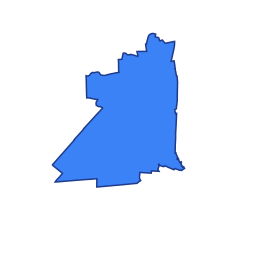 Jilava, Ilfov, Romania, rotated 141°
{"feature_id": "2599482B22366315272934", "entity_name": "Jilava", "entity_type": "district", "adm_level": 2, "iso_a3": "ROU", "parent_name": "Romania", "parent_adm1": "Ilfov", "projection": "robinson", "projection_center": [26.086, 44.34], "detail": "fine", "context": "isolated", "style": "filled", "palette": "blue", "viewbox_px": 256, "rotation_deg": 141, "n_neighbors": 0, "source": "geoboundaries", "source_scale": "gbopen_adm2", "svg_char_len": 4644}
<svg xmlns="http://www.w3.org/2000/svg" viewBox="0 0 256 256"><g transform="rotate(141 128 128)"><path d="M209.9,146.9L210.0,146.6L209.9,146.1L209.9,145.7L208.8,140.5L207.7,135.2L207.5,134.0L208.3,133.8L211.7,133.2L213.2,132.9L215.0,132.7L217.2,132.3L217.7,132.2L217.9,132.1L218.0,132.1L218.6,131.9L215.7,129.8L214.7,129.2L213.3,128.2L212.2,127.4L211.9,127.3L209.6,125.7L205.5,122.9L200.8,119.7L193.8,114.9L191.4,113.2L189.3,111.7L184.1,108.2L189.4,101.8L185.9,99.4L173.8,91.3L171.2,89.5L158.6,81.2L155.8,79.3L152.5,79.4L151.9,79.5L151.9,79.2L151.4,79.2L151.2,79.2L151.1,80.0L150.8,81.0L150.6,81.6L150.4,82.0L150.1,82.5L149.8,82.9L146.6,86.0L146.1,85.4L139.7,79.5L138.3,78.3L136.8,79.9L135.0,78.3L131.4,75.0L131.2,74.8L130.8,76.9L130.8,77.0L128.7,78.4L128.2,78.7L127.9,78.8L127.5,79.1L127.4,79.4L127.3,79.7L127.3,79.9L127.3,80.4L126.7,80.6L126.6,81.0L126.6,80.6L126.8,79.6L126.4,78.1L126.2,77.7L124.6,75.5L124.1,75.4L124.0,75.5L123.9,75.5L123.7,75.5L123.2,75.6L123.0,75.2L121.6,72.4L118.6,66.7L117.9,67.0L117.7,67.0L117.4,67.0L117.4,66.7L117.2,66.7L116.9,66.9L115.0,63.7L114.8,62.9L114.2,62.6L113.8,62.5L113.2,61.3L111.5,61.2L109.5,61.0L109.4,61.7L109.2,62.6L110.0,62.8L110.0,63.0L109.8,62.9L109.6,63.9L110.2,64.1L109.9,64.8L109.6,65.6L109.9,65.6L109.6,66.2L109.4,66.2L109.1,66.9L109.4,66.9L109.1,67.9L108.1,67.7L107.9,68.3L109.5,68.8L109.3,69.3L108.9,70.5L108.7,70.9L108.4,71.9L108.9,72.0L109.4,72.4L109.5,72.5L109.1,73.5L108.8,73.3L108.3,73.1L108.1,73.0L108.1,73.3L107.0,77.3L106.7,78.3L106.5,78.5L107.2,78.9L104.6,81.8L103.1,83.7L102.1,84.9L97.4,90.1L93.3,95.2L93.2,95.1L89.5,99.2L89.4,99.3L85.5,103.7L85.4,103.8L81.0,108.8L82.1,109.2L80.1,112.9L78.4,112.5L75.5,115.5L75.4,115.4L72.4,118.4L69.5,121.9L66.2,125.9L66.0,126.1L65.4,126.8L64.8,127.6L64.6,127.7L63.4,129.2L62.3,130.5L60.9,132.1L60.6,132.4L59.4,134.3L57.1,137.7L57.5,138.2L55.9,141.0L54.4,143.9L53.9,144.4L54.1,144.5L53.7,145.2L53.3,145.7L52.7,146.4L52.5,146.6L52.2,147.3L50.7,149.8L49.9,151.2L52.4,152.5L52.6,152.6L48.8,155.6L43.9,159.5L42.5,160.6L40.7,162.2L40.0,162.9L39.3,163.6L38.2,164.8L37.3,166.0L45.9,170.5L45.9,171.9L45.9,172.4L45.9,172.7L45.9,173.0L45.9,173.6L45.9,174.0L46.0,174.6L46.0,174.8L46.4,174.9L46.8,175.1L47.8,175.4L48.5,175.7L48.5,175.9L48.1,176.8L47.8,177.7L47.4,178.7L47.4,178.8L47.5,179.3L47.8,179.7L48.1,179.9L48.5,180.4L48.9,180.8L49.3,181.3L49.4,181.7L49.4,182.0L49.2,182.2L48.7,182.5L47.8,183.1L47.5,183.3L47.4,183.5L47.6,183.7L48.3,184.8L48.7,185.4L49.2,185.8L49.9,186.3L50.5,186.6L51.7,186.9L52.6,187.0L53.2,186.9L53.7,186.7L54.3,186.5L55.0,186.1L55.8,185.5L56.2,185.2L57.0,184.6L58.1,183.9L58.9,183.2L59.7,182.6L60.1,182.3L60.5,182.0L60.9,181.7L61.1,181.9L61.5,182.1L63.0,179.7L64.5,177.2L65.1,176.1L65.3,175.8L65.6,176.1L66.0,176.4L66.8,177.0L68.8,178.6L69.6,179.2L71.0,180.4L72.7,181.6L72.9,181.8L73.3,181.1L74.0,179.6L74.5,178.5L74.9,177.9L75.3,177.5L76.2,178.8L76.9,179.9L78.2,181.7L78.6,182.2L79.1,182.9L79.6,183.6L79.8,183.7L80.0,183.7L80.2,183.8L80.7,183.9L80.8,184.0L81.1,184.2L81.3,184.3L81.5,184.5L81.8,184.7L82.1,185.0L82.4,185.5L82.5,185.7L82.5,185.8L82.5,186.0L82.6,186.3L82.8,187.2L82.8,187.5L83.0,187.7L83.0,187.8L83.2,188.1L83.4,188.2L83.5,188.4L83.8,188.7L84.0,188.9L84.1,189.0L84.4,189.1L84.9,189.0L88.5,186.1L89.3,185.3L89.7,185.3L89.9,185.5L92.4,187.3L94.6,184.2L94.9,183.9L96.4,182.0L97.2,181.0L98.3,179.6L99.4,178.2L100.0,176.9L100.8,177.4L101.7,177.9L102.5,178.4L103.1,178.7L103.9,179.1L104.5,179.4L105.3,179.8L106.1,180.2L106.5,180.4L107.2,180.9L108.0,181.2L108.7,181.5L110.1,182.2L111.2,182.7L112.5,183.2L113.1,183.6L113.7,184.1L114.3,184.6L114.6,185.0L115.2,185.7L115.6,186.1L115.8,187.1L115.7,188.0L115.6,188.9L115.7,189.8L116.0,190.2L116.2,190.4L116.5,190.8L116.9,191.0L117.9,191.5L118.6,191.9L119.2,192.1L119.9,192.7L120.3,193.2L120.8,193.6L121.8,193.7L122.9,193.8L123.0,193.7L123.7,193.4L123.9,193.3L124.6,193.2L125.5,193.4L126.2,193.6L127.0,194.0L127.3,194.5L127.6,195.0L127.7,194.9L127.8,194.9L129.1,193.1L131.2,190.3L131.3,190.2L131.5,190.0L134.5,186.1L135.0,185.5L136.7,183.2L139.9,179.1L140.9,177.5L141.1,177.3L140.4,176.9L140.2,176.8L139.9,176.5L139.4,175.9L138.0,174.2L135.0,170.5L134.4,169.9L133.8,169.5L133.5,169.3L133.6,169.1L134.1,168.9L134.6,168.7L135.5,168.4L136.5,168.1L137.6,166.9L137.8,166.6L137.7,166.3L138.4,165.6L138.2,165.1L137.6,163.5L136.7,162.5L136.2,162.1L136.0,161.7L135.7,161.7L135.3,159.4L138.4,159.0L145.4,158.0L150.7,157.2L162.1,155.5L162.8,155.4L162.8,155.2L163.4,155.0L166.4,154.5L170.9,153.8L174.1,153.3L177.1,152.8L177.1,152.5L179.3,152.1L181.7,151.7L182.2,151.6L189.0,150.5L193.4,149.7L197.8,149.0L209.5,147.0L209.9,146.9Z" fill="#3b82f6" stroke="#1e3a8a" stroke-width="1.5"/></g></svg>